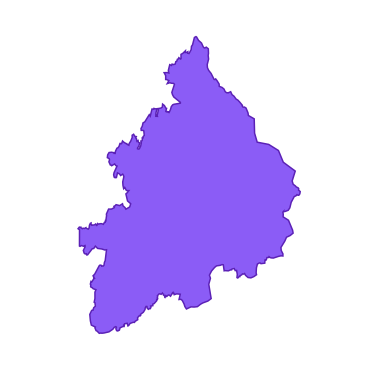 Loughrea Lea-5, Galway, Ireland (Robinson projection), rotated 279°
{"feature_id": "5873133B84872998039455", "entity_name": "Loughrea Lea-5", "entity_type": "district", "adm_level": 2, "iso_a3": "IRL", "parent_name": "Ireland", "parent_adm1": "Galway", "projection": "robinson", "projection_center": [-8.446, 53.152], "detail": "fine", "context": "isolated", "style": "filled", "palette": "violet", "viewbox_px": 384, "rotation_deg": 279, "n_neighbors": 0, "source": "geoboundaries", "source_scale": "gbopen_adm2", "svg_char_len": 6011}
<svg xmlns="http://www.w3.org/2000/svg" viewBox="0 0 384 384"><g transform="rotate(279 192 192)"><path d="M337.3,183.4L336.5,182.5L336.2,181.6L337.1,180.4L340.6,178.1L342.8,174.7L345.8,172.3L346.1,171.6L345.0,170.2L337.4,169.5L335.8,168.7L332.5,168.9L328.3,167.4L328.4,166.0L329.9,165.9L328.9,164.5L328.7,163.5L330.4,163.4L327.5,161.2L326.2,159.6L321.9,160.3L321.5,159.8L322.6,158.0L321.2,157.6L320.8,156.8L318.9,156.5L318.2,155.6L315.8,155.4L315.0,153.9L315.2,152.3L313.8,152.0L314.3,150.1L308.5,149.6L305.9,150.5L306.1,149.0L305.5,145.8L302.8,147.8L299.0,148.4L299.1,149.3L298.4,151.7L295.2,150.6L296.5,153.1L296.2,154.4L296.4,156.9L295.6,157.8L287.2,156.5L285.1,157.5L283.0,159.1L278.7,166.5L277.9,166.6L275.8,160.4L275.1,159.3L273.1,158.2L269.8,157.8L266.9,156.9L267.1,155.8L267.5,155.8L267.2,154.3L267.7,154.3L267.7,153.5L270.6,153.8L270.7,153.1L273.1,151.2L274.2,149.2L271.2,149.4L270.0,148.1L269.1,145.5L267.8,146.0L262.1,145.6L261.3,146.0L261.1,144.4L264.2,144.0L268.8,144.4L268.4,143.1L268.6,141.3L267.8,141.2L267.7,139.5L260.4,138.9L261.7,137.7L253.9,134.4L252.6,132.8L249.2,132.6L246.7,131.7L244.9,132.2L245.2,134.0L244.9,134.8L240.4,136.0L239.1,135.0L237.9,135.3L237.7,134.4L235.4,134.8L234.7,134.5L234.3,133.5L232.6,134.3L229.3,134.1L226.4,133.2L226.0,132.3L226.2,131.4L227.4,131.4L228.6,132.3L232.3,132.7L232.7,131.3L234.4,130.7L233.5,129.7L235.9,128.8L236.7,127.9L238.0,128.3L238.0,126.9L239.9,125.3L238.7,124.0L236.5,124.4L232.6,123.5L229.9,122.3L228.3,122.3L228.9,120.5L229.6,120.0L229.4,119.5L230.6,116.7L231.5,115.4L228.8,114.9L228.5,114.3L228.8,113.4L228.4,113.2L225.7,112.8L224.2,112.0L223.5,111.0L220.2,110.0L218.1,110.1L218.0,109.0L218.6,108.9L218.7,106.3L218.0,103.9L215.5,102.9L212.7,103.0L212.0,105.0L210.8,105.5L208.8,105.2L205.9,107.1L205.9,108.0L205.4,108.6L207.6,111.2L206.2,112.6L205.9,113.9L199.0,112.0L196.7,111.9L194.5,112.8L194.1,113.7L194.6,113.8L194.5,115.1L199.2,115.4L198.5,117.6L197.1,118.9L198.8,120.8L197.9,121.6L196.5,122.3L191.1,122.0L187.6,122.8L184.8,123.9L185.5,124.2L185.0,124.4L185.7,125.1L183.4,126.8L183.2,127.3L183.5,129.4L181.1,128.1L179.8,127.0L173.1,129.7L170.8,133.3L167.5,132.8L164.7,129.4L166.1,128.3L167.6,126.0L169.5,125.2L167.3,122.7L167.6,119.0L166.5,118.3L165.6,117.1L164.4,117.7L162.5,115.1L162.1,112.3L156.8,110.9L155.3,111.3L150.1,111.4L150.2,111.0L148.5,111.0L148.4,110.3L146.2,109.5L146.6,107.7L146.3,106.1L145.6,104.7L146.1,103.7L144.1,103.3L144.0,102.9L144.9,102.5L145.3,101.7L144.5,101.2L143.6,98.9L144.0,98.2L143.6,98.0L144.2,97.2L145.6,97.1L145.2,96.5L143.1,95.9L140.4,96.0L139.1,95.3L139.7,93.0L140.2,92.8L139.1,91.4L139.2,90.1L138.6,89.4L139.2,88.1L139.9,87.7L139.4,87.0L139.7,86.2L137.9,85.2L137.1,86.8L121.0,89.3L120.8,89.9L121.8,91.1L121.4,93.8L122.1,94.1L122.4,94.7L121.1,95.0L117.3,93.8L114.8,95.0L114.1,96.2L114.5,97.3L113.4,97.8L113.6,98.7L120.4,102.4L120.8,103.8L123.4,105.0L121.5,107.6L121.6,111.8L121.1,114.9L121.6,116.6L110.6,117.0L108.8,116.5L105.9,116.5L105.1,116.1L104.6,114.5L105.2,114.4L105.5,113.3L105.3,112.4L104.7,111.9L95.8,108.8L93.7,107.4L93.5,108.0L92.0,108.3L92.2,108.6L91.5,109.3L90.6,108.4L87.4,107.0L87.8,106.2L85.1,106.0L84.8,106.5L82.7,106.7L82.1,107.3L81.9,108.5L81.0,109.5L80.5,112.4L77.9,111.8L71.6,112.8L67.8,112.6L67.4,113.5L64.1,114.4L62.3,113.0L59.8,112.7L59.7,111.9L59.0,111.3L55.1,110.2L48.8,111.8L44.8,113.4L43.5,117.7L42.6,117.4L40.1,118.9L39.7,120.1L37.9,122.5L38.5,124.2L38.4,125.0L39.0,127.2L40.9,131.9L44.1,135.3L46.2,136.4L47.1,137.8L46.6,138.5L45.1,138.2L43.6,139.0L43.1,139.7L43.2,140.5L44.2,141.9L46.6,142.2L48.3,144.8L48.5,145.8L49.9,145.3L50.1,145.5L49.7,146.0L51.3,146.0L52.2,148.5L49.7,149.7L50.3,150.4L52.5,151.4L54.1,154.3L54.2,155.6L55.3,156.0L57.4,158.4L59.3,157.9L61.2,159.0L61.7,159.8L61.5,160.1L62.1,160.6L63.1,160.3L65.7,162.8L68.6,164.0L70.0,163.9L71.8,164.5L71.9,165.4L70.0,166.1L69.3,167.4L70.2,168.2L70.3,169.1L72.0,169.5L72.9,169.0L73.6,171.1L75.1,170.8L75.9,172.1L79.2,174.2L80.4,173.9L80.5,174.6L81.4,174.8L82.3,174.2L83.1,174.5L84.0,174.0L86.3,175.5L86.4,176.4L86.1,177.5L87.5,178.6L86.9,178.9L86.5,180.0L85.8,179.9L84.9,181.4L84.3,181.5L84.7,181.8L84.4,182.0L85.0,182.1L84.6,182.4L85.4,183.1L85.0,183.5L86.5,184.7L86.6,185.6L85.7,187.1L89.5,188.6L89.2,189.0L89.5,189.2L88.8,189.4L89.0,190.1L87.8,190.5L89.0,192.8L89.2,196.4L83.8,196.0L84.3,197.7L83.4,199.3L80.3,201.6L77.7,202.9L75.6,204.8L78.4,209.0L78.7,212.0L79.6,215.3L82.5,218.0L84.1,220.0L86.8,224.8L89.7,227.6L103.5,223.0L109.7,223.7L112.6,222.2L117.1,223.7L121.0,226.1L122.9,227.8L124.0,231.4L125.0,233.0L125.0,234.3L119.2,236.1L119.5,236.7L119.8,240.2L121.3,242.6L121.3,243.3L122.0,243.4L122.5,244.2L123.0,245.7L121.1,247.0L121.5,248.3L117.8,249.6L114.5,249.8L114.2,250.4L114.6,251.1L116.1,251.9L116.0,252.5L116.8,252.6L118.1,254.2L119.0,254.6L119.0,255.9L119.7,256.7L118.1,257.9L116.3,260.7L116.4,263.6L118.1,266.3L120.4,268.7L122.1,268.0L127.2,267.5L131.1,267.9L132.5,269.7L132.6,270.3L132.0,271.3L133.1,275.0L136.3,274.7L136.5,274.9L136.2,275.5L136.6,276.0L139.0,276.3L139.3,277.9L140.2,278.2L139.5,279.3L139.3,280.4L139.5,282.7L142.0,287.6L142.9,289.9L143.0,291.8L145.1,291.5L148.2,289.3L151.1,288.5L158.2,291.4L162.1,292.4L164.4,295.8L167.2,298.3L170.1,297.3L179.2,291.7L181.7,285.9L184.3,285.6L186.3,284.9L187.2,285.5L186.8,285.5L187.4,287.1L189.0,289.9L191.6,291.1L197.4,291.6L203.5,293.7L204.5,295.3L205.8,296.1L205.4,297.0L205.5,298.0L207.0,298.8L209.4,298.8L210.6,296.9L211.9,296.9L212.7,296.2L213.4,294.0L214.1,293.3L215.5,290.7L218.6,289.2L228.8,290.7L235.7,277.5L246.5,270.9L251.0,260.3L251.4,248.6L259.9,244.6L274.0,242.0L276.4,235.7L278.8,235.0L283.4,232.2L284.1,230.5L283.8,229.5L284.1,228.7L285.1,228.0L285.5,228.2L287.8,225.6L289.9,223.0L290.7,221.0L293.2,218.5L294.4,216.3L297.1,214.5L295.6,212.2L295.5,210.5L296.4,209.0L298.7,207.5L300.0,205.3L300.6,202.4L302.9,201.9L305.9,199.3L307.4,197.7L306.6,197.0L306.7,196.2L312.1,192.3L314.8,189.4L317.2,187.8L320.2,187.1L325.9,187.6L329.4,186.6L331.5,186.6L336.0,185.7L337.3,183.4Z" fill="#8b5cf6" stroke="#5b21b6" stroke-width="1.5"/></g></svg>